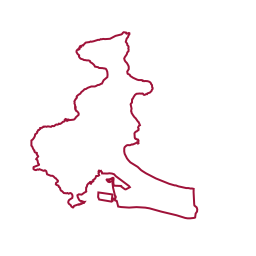 Son Tra, Đà Nẵng, Vietnam (Natural Earth projection), rotated 286°
{"feature_id": "81297802B64444176527608", "entity_name": "Son Tra", "entity_type": "district", "adm_level": 2, "iso_a3": "VNM", "parent_name": "Vietnam", "parent_adm1": "Đà Nẵng", "projection": "natural_earth1", "projection_center": [108.275, 16.103], "detail": "fine", "context": "isolated", "style": "outline", "palette": "rose", "viewbox_px": 256, "rotation_deg": 286, "n_neighbors": 0, "source": "geoboundaries", "source_scale": "gbopen_adm2", "svg_char_len": 5682}
<svg xmlns="http://www.w3.org/2000/svg" viewBox="0 0 256 256"><g transform="rotate(286 128 128)"><path d="M60.5,217.2L64.4,216.6L66.7,217.4L68.9,217.0L70.6,215.9L71.8,213.2L73.1,212.6L84.5,208.7L87.6,207.9L87.5,206.0L87.1,205.3L86.9,202.7L86.3,200.5L85.8,192.5L86.0,189.9L85.7,188.7L85.7,183.1L87.2,168.7L89.4,157.8L90.6,153.7L91.1,152.2L93.3,148.0L95.6,139.8L97.1,137.3L98.5,135.4L102.3,131.9L104.5,130.8L107.5,130.0L108.7,130.1L110.8,131.4L111.4,132.2L112.0,134.6L113.4,136.4L113.4,137.1L116.0,140.2L116.8,140.6L116.9,140.8L116.7,141.4L115.9,142.0L116.3,142.3L117.3,141.7L118.5,141.7L119.0,141.4L119.2,140.8L119.6,140.8L119.7,140.6L119.3,140.1L119.6,139.4L119.6,138.5L119.9,138.4L120.0,137.6L120.7,137.1L124.6,135.7L125.6,135.9L126.7,136.6L127.2,137.4L128.3,137.9L128.7,138.6L130.1,138.5L131.1,137.6L131.9,137.6L133.3,138.0L134.0,138.7L136.6,136.6L136.9,135.8L139.5,132.6L140.1,131.3L141.5,129.5L143.5,127.3L144.5,126.9L144.8,126.5L145.2,126.3L147.6,126.1L151.5,124.0L152.1,124.1L153.6,124.8L156.7,124.0L157.3,124.5L159.5,124.9L161.7,125.6L163.2,126.7L164.4,129.8L164.6,131.2L165.1,132.1L165.1,132.8L164.3,133.9L164.4,134.8L164.6,135.1L165.5,136.0L165.8,137.0L166.6,137.1L168.1,139.3L170.1,140.4L171.6,140.5L172.4,140.9L173.5,140.5L173.8,140.0L175.7,139.3L176.2,138.9L176.5,138.2L177.2,137.8L178.0,136.8L178.4,135.2L178.4,133.8L177.9,131.5L177.4,130.5L177.7,129.5L177.3,129.0L177.9,128.2L177.0,125.1L177.0,123.4L177.7,118.9L178.3,117.1L178.5,116.1L179.7,114.9L180.0,112.8L180.5,112.4L182.1,111.7L184.7,112.5L187.1,111.8L188.1,111.1L190.1,109.1L191.2,107.2L192.1,106.2L193.7,105.2L195.2,105.4L198.4,106.5L200.5,106.5L201.9,107.3L202.3,107.2L203.9,106.9L204.7,106.3L205.8,106.3L206.5,106.0L207.0,105.5L207.3,104.8L207.6,104.4L208.8,104.0L210.2,102.1L213.6,102.1L215.6,103.0L216.7,102.9L218.6,103.5L219.5,103.2L219.6,102.7L218.3,100.8L218.4,100.3L218.9,100.2L219.2,99.9L218.9,97.5L218.2,96.9L216.8,96.4L216.1,95.8L213.1,90.6L208.8,86.1L207.1,81.4L206.8,79.6L206.0,78.2L205.9,77.3L204.8,76.2L204.5,74.9L202.0,71.2L200.9,69.2L200.8,68.1L200.0,67.3L198.5,63.9L197.4,63.2L195.5,62.3L195.3,61.9L194.9,62.0L194.6,61.1L194.1,60.7L194.0,60.1L193.5,59.6L193.1,60.0L193.0,59.5L192.5,59.7L192.4,59.2L192.0,59.0L191.5,59.3L190.7,59.0L190.6,59.6L190.4,59.6L190.0,59.2L190.0,58.5L189.5,58.5L189.3,57.8L188.3,57.3L186.9,57.5L185.3,59.1L184.4,61.0L183.3,61.1L182.5,61.8L181.6,63.3L181.5,65.9L181.2,66.9L181.5,68.2L181.6,69.6L182.1,71.4L182.0,72.8L180.9,73.7L180.5,75.4L179.6,77.4L178.9,78.4L177.9,79.3L178.2,82.5L177.8,83.3L177.8,83.9L178.6,87.4L178.6,88.6L178.8,88.9L178.8,90.3L178.0,91.3L176.3,92.6L173.5,93.7L171.2,94.1L167.2,91.4L163.5,90.7L162.8,89.6L161.7,88.7L160.9,87.0L159.3,85.4L158.7,84.5L157.8,81.3L155.6,78.3L153.8,76.7L153.3,75.5L151.7,74.7L149.6,73.2L147.9,72.7L146.4,71.3L144.6,70.1L143.7,70.0L143.4,70.4L142.3,70.3L141.4,69.7L138.8,69.1L138.1,69.6L137.0,69.7L135.3,70.9L133.4,71.4L133.5,71.7L132.7,71.7L132.7,72.2L131.2,72.3L131.0,72.9L130.2,73.4L130.2,74.0L129.2,75.8L128.3,76.6L127.0,76.9L123.7,74.8L123.1,74.8L121.5,74.0L120.9,73.1L119.2,68.9L119.3,68.6L119.7,68.5L119.7,68.3L118.9,67.7L118.4,67.9L118.0,67.5L118.5,66.8L119.4,66.6L119.4,65.4L118.8,65.3L118.2,64.9L118.0,65.0L117.9,65.5L116.9,65.0L116.4,64.6L116.0,63.7L114.3,62.7L113.2,61.6L112.9,60.8L113.1,60.4L112.2,59.9L111.7,59.1L111.7,58.4L111.1,57.5L109.6,56.6L109.3,56.2L109.1,54.6L107.9,53.7L107.5,50.5L106.7,49.4L106.7,48.3L106.1,46.6L105.8,46.7L105.2,45.7L104.5,45.3L103.8,43.6L102.9,43.9L101.9,43.0L101.6,43.0L101.3,42.3L100.2,42.1L99.3,41.7L98.8,42.0L97.9,41.8L96.3,40.5L94.5,40.7L92.8,40.4L90.7,39.6L89.4,38.6L84.4,40.0L83.8,41.0L82.0,42.4L80.8,43.7L80.6,44.2L79.8,44.4L79.1,45.1L78.8,46.0L79.0,46.9L78.9,47.3L77.3,47.7L76.7,48.8L75.9,49.5L72.8,48.3L72.0,49.9L69.4,51.2L68.5,52.5L68.1,52.6L67.7,52.3L64.5,48.1L63.5,48.1L62.4,48.6L62.1,49.6L62.1,50.9L62.3,51.4L63.2,52.3L63.3,53.6L64.0,54.2L63.6,58.4L63.7,59.1L64.4,59.7L64.4,60.3L64.0,61.3L61.2,63.0L60.8,67.1L61.2,68.2L61.2,68.9L60.8,70.0L59.9,71.5L59.7,72.6L58.9,73.6L58.3,74.8L57.8,75.3L57.0,75.3L55.4,74.0L54.1,74.1L53.6,74.9L53.4,77.1L52.3,77.8L52.0,78.7L51.5,79.3L50.3,79.9L49.4,80.7L49.1,82.0L47.8,84.3L48.3,87.0L48.8,87.7L48.5,89.1L49.4,90.1L49.6,90.6L49.4,91.6L48.6,92.7L47.2,93.5L45.4,93.7L42.7,91.3L41.2,90.9L39.9,91.1L38.9,92.0L38.1,94.1L36.9,95.3L36.4,96.8L36.6,97.3L38.1,97.6L38.5,98.0L41.2,101.8L40.8,102.1L42.3,104.2L42.8,103.9L43.8,106.3L45.0,106.7L44.8,106.2L45.0,103.3L44.8,102.8L44.9,101.7L45.5,100.8L47.8,98.7L49.4,97.9L50.7,99.0L51.2,101.8L53.9,103.9L55.2,105.3L55.5,105.4L56.1,105.0L59.3,104.2L60.2,104.6L62.1,104.5L63.9,105.3L64.8,106.2L64.1,107.3L64.3,107.9L64.6,107.9L64.5,107.3L65.1,106.4L65.6,106.4L66.4,107.9L66.2,108.4L66.8,109.0L67.6,109.4L68.3,108.8L70.4,110.4L73.1,110.7L73.5,112.1L73.8,112.6L74.7,113.3L76.3,112.1L77.3,112.4L77.5,111.9L78.2,111.6L79.1,111.9L79.1,112.2L78.8,112.9L79.4,113.8L78.6,114.5L78.3,115.2L77.2,115.6L78.6,121.0L79.3,122.4L79.8,125.1L79.7,127.4L78.4,129.4L72.5,144.9L71.6,146.1L68.4,142.8L68.3,141.8L69.8,137.8L70.2,137.7L70.4,137.4L68.7,130.5L70.1,129.5L72.2,128.7L75.1,128.2L75.9,127.8L76.0,127.4L75.8,126.9L74.4,125.5L73.4,124.0L72.7,121.8L72.3,121.7L71.0,123.4L70.8,124.1L70.9,125.2L71.2,125.7L71.5,125.8L71.8,124.3L71.7,124.0L72.1,123.4L73.6,124.9L74.5,126.7L66.5,130.1L58.7,134.5L58.8,135.0L58.3,135.3L56.8,135.2L55.6,132.1L59.5,131.4L59.8,131.1L57.9,117.3L53.4,118.3L51.3,120.0L52.7,132.5L53.5,133.2L54.1,133.4L54.5,133.2L54.5,132.3L55.2,132.1L56.3,135.1L54.9,135.5L54.7,135.9L54.9,137.1L54.3,137.6L49.8,140.2L50.1,143.1L51.8,151.0L54.3,158.0L56.2,166.5L56.7,170.8L56.8,183.2L57.5,198.7L57.3,207.8L57.6,210.2L58.4,212.9L59.8,216.3L60.5,217.2Z" fill="none" stroke="#9f1239" stroke-width="2"/></g></svg>